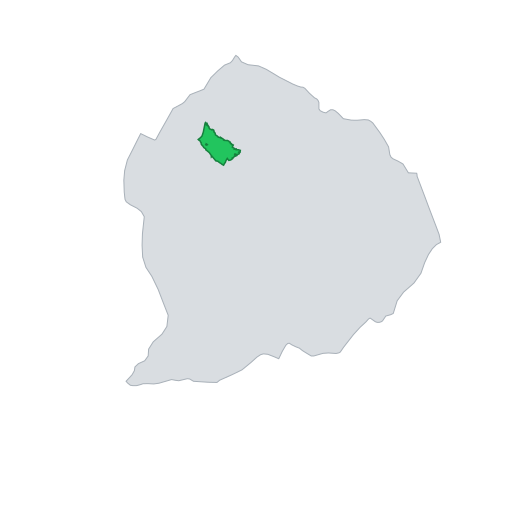 Mazowe, Mashonaland Central, Zimbabwe (highlighted), rotated 297°
{"feature_id": "62879985B76003628227782", "entity_name": "Mazowe", "entity_type": "district", "adm_level": 2, "iso_a3": "ZWE", "parent_name": "Zimbabwe", "parent_adm1": "Mashonaland Central", "projection": "mercator", "projection_center": [31.124, -17.263], "detail": "fine", "context": "in_parent", "style": "filled", "palette": "green", "viewbox_px": 512, "rotation_deg": 297, "n_neighbors": 0, "source": "geoboundaries", "source_scale": "gbopen_adm2", "svg_char_len": 5186}
<svg xmlns="http://www.w3.org/2000/svg" viewBox="0 0 512 512"><g transform="rotate(297 256 256)"><path d="M352.1,414.3L348.1,411.6L342.6,409.8L335.7,409.0L326.6,409.3L315.5,410.8L303.6,409.0L290.8,403.9L280.2,402.1L267.6,404.3L267.0,404.3L264.8,402.6L261.4,398.9L255.6,398.2L254.1,397.3L252.8,395.9L251.9,394.2L251.6,392.2L252.5,386.1L252.0,385.4L250.5,384.7L247.3,383.9L239.7,381.1L230.2,378.5L214.7,375.5L208.7,374.7L207.3,373.8L205.5,371.6L202.5,364.6L199.7,359.9L193.1,352.8L192.0,350.6L192.4,344.9L192.8,340.3L193.6,336.5L193.2,332.8L193.1,328.3L193.4,325.3L192.5,324.0L190.0,323.1L183.1,322.7L174.8,322.9L174.5,318.3L173.8,311.2L172.2,307.1L170.3,305.0L166.5,302.8L158.7,299.8L148.2,295.2L139.2,288.4L128.8,280.0L125.6,278.6L121.8,270.7L116.0,257.2L116.3,252.7L115.5,250.5L109.8,243.8L108.6,240.4L107.6,236.9L98.6,227.3L95.6,223.0L93.2,217.6L90.9,213.3L89.0,211.5L86.4,208.6L84.6,205.2L83.8,202.7L84.5,199.4L85.4,197.1L93.9,199.5L98.6,199.7L102.2,198.5L106.7,200.1L112.1,204.4L118.0,205.3L124.3,202.6L132.9,203.4L143.7,207.7L152.7,208.6L163.3,204.7L172.8,194.0L181.8,184.0L190.6,172.4L195.9,163.1L203.6,155.5L213.9,149.6L224.3,144.7L240.3,138.6L243.5,133.7L244.6,128.2L244.6,120.7L245.4,115.8L247.0,113.6L249.7,111.8L253.1,109.6L263.6,103.8L272.5,100.2L283.2,97.8L294.9,97.8L306.2,97.7L312.7,97.7L312.8,105.0L313.3,113.1L314.5,113.9L323.0,114.1L336.7,114.7L349.8,115.2L358.2,121.1L361.1,122.4L369.8,124.0L381.0,133.9L394.4,134.8L403.6,137.9L411.8,141.3L416.5,145.4L419.5,146.3L423.6,146.6L425.6,147.0L425.1,149.9L422.4,154.9L422.8,162.0L426.5,171.9L427.0,180.5L425.9,195.8L425.9,210.5L426.3,215.8L426.9,219.3L427.7,221.2L427.6,223.4L425.3,229.6L423.5,236.2L423.5,238.8L422.8,240.6L421.4,242.3L415.6,245.3L414.6,247.2L414.6,250.6L415.3,253.4L417.5,254.5L420.2,256.1L421.2,258.2L421.3,260.5L420.4,264.6L418.0,271.5L420.4,279.5L423.0,284.7L426.7,290.6L428.2,294.3L428.1,297.0L427.6,299.6L422.1,310.5L418.2,317.3L413.4,324.6L407.1,329.2L405.4,331.4L404.8,333.9L405.0,339.4L404.7,345.2L399.3,354.0L402.7,361.6L401.9,362.3L400.1,363.4L392.3,372.0L384.4,380.7L378.6,387.0L372.0,394.3L364.7,402.4L358.4,409.3L352.1,414.3Z" fill="#d9dde1" stroke="#a8b0b8" stroke-width="1"/><path d="M351.7,152.1L350.6,152.0L352.0,150.5L351.4,150.3L343.2,152.6L342.6,152.8L338.5,153.4L338.3,153.4L337.5,153.2L335.7,152.6L333.6,151.6L333.3,152.4L333.2,153.9L332.3,154.9L332.2,155.6L330.9,156.3L330.1,157.8L329.8,158.9L329.2,159.8L329.0,160.2L328.8,160.9L328.8,162.3L328.3,162.8L327.8,163.1L327.7,164.0L326.9,167.5L325.3,170.4L324.1,171.2L324.6,171.3L324.9,171.4L324.7,171.8L324.2,173.2L323.7,174.3L322.5,177.1L322.6,177.3L323.1,179.1L322.8,180.1L322.8,180.7L322.6,181.4L322.6,181.6L322.6,182.3L322.4,183.5L322.2,184.3L322.2,185.9L323.7,185.9L325.7,186.2L327.4,185.9L328.4,186.0L329.9,186.1L328.8,188.3L329.3,189.0L330.1,189.9L332.2,191.0L332.5,190.4L333.5,191.1L334.9,191.7L335.5,192.1L335.6,192.3L336.2,192.8L336.2,191.8L336.3,191.0L337.4,190.9L337.5,191.3L337.6,192.5L337.7,193.4L338.3,193.6L338.5,193.8L339.0,194.3L339.2,194.5L339.4,194.5L340.5,194.5L340.5,194.0L341.1,194.5L341.2,194.2L341.4,194.6L343.0,194.1L342.7,192.1L341.7,190.0L342.4,189.7L341.7,188.7L342.0,188.8L342.0,188.7L342.0,188.4L342.1,187.7L342.1,187.0L342.1,186.6L342.2,185.5L343.3,185.4L344.5,185.4L344.5,185.1L344.7,184.7L344.6,184.4L344.3,184.3L344.2,184.3L344.2,184.2L344.3,184.1L344.3,183.9L344.2,183.9L344.2,183.7L344.4,183.6L344.6,183.5L344.9,183.1L344.9,182.9L344.9,182.7L344.7,182.6L344.6,182.4L344.6,182.2L344.8,182.0L345.0,181.9L345.3,181.8L345.5,181.7L345.6,181.4L345.8,181.3L345.8,181.2L345.7,181.0L345.5,180.9L345.5,180.7L345.6,180.4L345.7,180.2L345.8,180.1L345.8,179.9L345.9,179.7L346.0,179.6L345.9,179.4L345.9,179.2L346.0,179.0L346.0,178.9L345.9,177.8L345.4,177.2L345.3,176.8L344.9,175.8L344.7,175.3L344.6,175.2L344.6,174.9L344.8,175.0L345.0,175.1L345.3,173.7L345.4,172.7L345.5,171.8L345.5,171.7L345.6,170.8L345.2,171.0L345.1,170.0L345.0,168.9L344.9,168.9L344.8,168.7L344.7,168.6L344.7,168.4L345.3,167.2L345.5,164.9L346.9,163.8L346.9,163.7L347.0,163.6L347.1,163.4L347.2,163.2L347.3,163.0L347.3,162.8L347.4,162.7L347.4,162.4L347.5,162.4L347.8,162.2L348.1,161.8L348.1,161.7L348.4,161.6L348.5,161.6L348.6,161.4L348.8,161.3L348.8,161.2L349.0,161.0L349.0,160.9L348.9,160.8L349.0,160.7L349.0,160.4L349.0,160.2L349.0,159.9L348.9,159.8L348.9,159.7L348.5,159.6L348.4,159.5L348.3,159.4L348.4,159.2L348.4,158.9L348.4,158.7L348.4,158.3L348.3,158.2L348.3,157.9L348.3,157.7L348.3,157.4L348.3,157.2L348.2,157.0L348.2,156.9L348.3,156.7L348.6,156.4L348.7,156.2L349.0,156.0L349.2,155.8L349.2,155.7L349.4,155.6L349.5,155.6L349.6,155.4L349.8,155.3L349.8,155.2L350.0,154.9L349.9,154.6L350.0,154.4L350.3,154.3L350.4,154.2L350.5,154.1L350.6,153.8L350.5,153.7L350.5,153.8L350.5,153.7L350.4,153.6L350.5,153.5L350.5,153.4L350.8,153.3L350.8,153.2L350.9,152.8L350.9,152.7L351.0,152.7L351.0,152.8L351.3,152.8L351.5,152.7L351.7,152.4L351.6,152.2L351.7,152.1ZM332.7,161.8L332.5,161.7L332.4,161.7L332.3,161.4L332.3,160.9L332.5,160.9L332.5,161.2L333.0,161.3L333.0,161.2L333.1,161.3L333.2,161.2L333.2,161.3L333.3,161.3L333.2,161.8L333.1,161.7L332.9,161.6L332.8,161.8L332.7,161.7L332.7,161.8Z" fill="#22c55e" stroke="#15803d" stroke-width="1.5"/></g></svg>